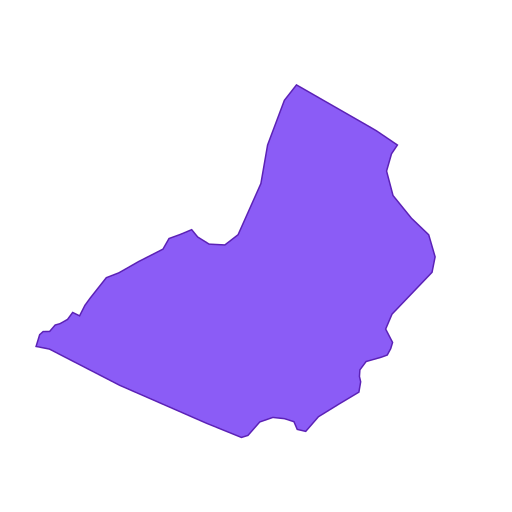 the district of Mala, Kémo, Central African Republic, rotated 23°
{"feature_id": "33826404B24746486434253", "entity_name": "Mala", "entity_type": "district", "adm_level": 2, "iso_a3": "CAF", "parent_name": "Central African Republic", "parent_adm1": "Kémo", "projection": "robinson", "projection_center": [19.625, 6.239], "detail": "fine", "context": "isolated", "style": "filled", "palette": "violet", "viewbox_px": 512, "rotation_deg": 23, "n_neighbors": 0, "source": "geoboundaries", "source_scale": "gbopen_adm2", "svg_char_len": 892}
<svg xmlns="http://www.w3.org/2000/svg" viewBox="0 0 512 512"><g transform="rotate(23 256 256)"><path d="M342.8,98.6L317.9,93.7L313.3,93.1L226.4,82.7L221.3,101.6L223.3,149.3L232.2,187.4L231.2,243.4L223.0,258.0L208.2,263.4L194.9,261.3L186.5,256.9L177.6,266.0L169.1,273.9L167.7,286.0L150.1,307.0L136.3,325.1L126.7,334.4L119.8,359.6L117.8,368.2L117.0,380.0L109.3,379.6L107.3,388.0L102.0,394.9L98.1,398.0L95.5,406.1L89.6,408.7L87.6,412.9L88.9,425.2L102.2,422.4L181.1,428.3L275.9,429.3L313.5,428.7L318.7,424.3L324.3,407.3L334.6,398.0L345.8,394.6L355.7,393.7L361.7,399.5L370.3,398.0L376.3,379.5L390.4,359.6L403.9,341.1L401.5,330.9L398.3,326.5L396.1,320.2L398.6,310.1L411.1,300.0L415.5,295.9L416.2,288.7L415.5,282.2L403.9,272.6L403.9,256.4L424.4,202.2L421.2,186.8L406.7,169.0L384.3,160.5L358.5,146.8L343.0,126.8L340.8,109.0L342.8,98.6Z" fill="#8b5cf6" stroke="#5b21b6" stroke-width="1.5"/></g></svg>